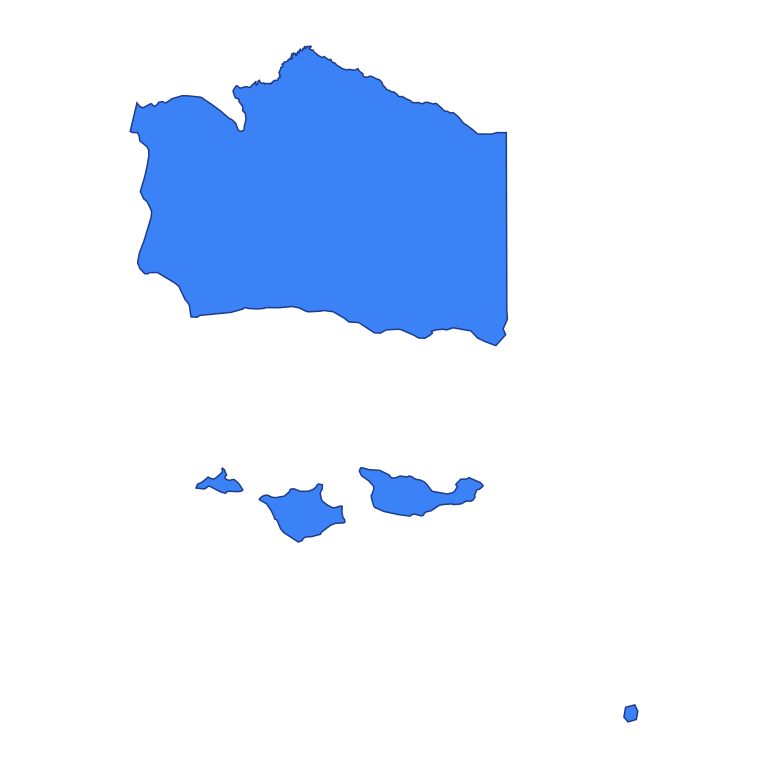 the district of Santa Barbara, California, United States of America
{"feature_id": "52423323B51130837096991", "entity_name": "Santa Barbara", "entity_type": "district", "adm_level": 2, "iso_a3": "USA", "parent_name": "United States of America", "parent_adm1": "California", "projection": "equal_earth", "projection_center": [-120.082, 34.285], "detail": "fine", "context": "isolated", "style": "filled", "palette": "blue", "viewbox_px": 768, "rotation_deg": 0, "n_neighbors": 0, "source": "geoboundaries", "source_scale": "gbopen_adm2", "svg_char_len": 5938}
<svg xmlns="http://www.w3.org/2000/svg" viewBox="0 0 768 768"><path d="M137.0,102.9L130.2,131.4L132.7,132.6L137.4,132.6L139.0,135.5L139.9,141.0L146.9,146.6L148.7,150.1L148.8,156.3L146.9,167.1L144.8,176.4L140.3,191.6L143.7,198.8L147.2,201.8L151.3,210.4L151.6,212.4L151.1,217.5L144.0,240.9L139.3,253.2L137.6,262.7L140.0,268.7L144.7,273.7L147.9,273.8L149.1,272.6L157.4,272.5L174.7,282.9L178.8,286.3L185.2,299.7L188.3,303.3L189.4,305.7L191.0,316.9L197.1,317.2L200.0,315.4L230.9,312.4L243.0,309.0L243.9,307.9L245.1,307.6L248.8,308.5L256.6,308.9L262.6,308.6L266.5,307.6L279.3,307.7L292.3,306.5L299.3,307.9L305.8,311.2L308.5,311.8L320.1,311.2L323.7,310.5L333.2,311.7L344.3,318.2L349.0,322.0L358.6,322.5L374.3,332.8L380.5,333.1L386.1,329.9L398.6,329.2L401.4,329.8L413.8,335.2L418.7,338.0L425.0,338.2L430.3,335.0L432.4,333.0L431.4,331.2L436.4,329.8L443.5,329.2L446.5,329.9L453.2,327.8L470.9,330.9L477.8,338.2L485.9,341.9L495.8,345.6L505.7,334.7L503.1,328.9L507.4,319.3L506.8,310.3L506.3,132.6L497.0,132.6L491.6,134.1L477.6,134.0L473.8,130.6L469.7,127.4L463.5,123.1L461.6,121.0L460.7,119.5L458.9,117.5L455.8,114.6L453.1,112.6L451.0,113.0L449.2,112.4L447.4,111.3L446.2,111.3L444.1,110.7L441.6,108.1L437.1,104.1L435.3,103.3L433.1,104.0L427.7,102.3L425.1,102.4L422.4,103.8L419.7,103.1L418.6,102.6L412.7,102.7L410.4,100.6L407.3,99.4L402.2,96.5L399.4,96.7L398.3,96.0L396.5,93.7L394.8,92.9L393.8,91.8L392.1,92.1L389.6,90.6L386.9,89.7L384.2,86.4L383.0,85.4L382.5,83.8L381.5,81.7L379.2,79.6L377.0,79.1L375.2,78.2L374.2,78.1L373.2,77.1L370.8,76.3L369.9,76.1L366.5,77.5L365.6,76.9L364.5,77.1L363.1,76.2L362.8,74.7L363.0,74.1L362.5,73.4L361.6,72.9L359.5,71.2L358.5,69.9L357.8,68.6L355.8,69.8L354.8,70.0L353.3,70.1L351.2,69.6L349.1,69.6L348.6,69.3L347.6,69.9L345.1,69.5L342.2,68.6L340.4,67.3L336.5,65.1L335.4,63.4L331.8,61.9L330.7,59.3L328.7,59.9L324.1,56.5L322.1,57.6L317.2,54.8L317.0,54.2L314.4,52.5L313.5,51.2L313.4,50.4L310.4,49.6L309.7,49.1L309.3,48.3L310.1,48.0L310.9,47.1L311.0,46.4L310.1,46.1L309.1,46.5L307.4,46.4L306.5,46.7L306.1,47.3L306.1,47.9L305.6,48.1L305.2,47.7L305.2,47.1L304.8,46.6L304.2,47.3L304.3,47.8L304.2,48.6L303.7,48.7L303.1,48.5L302.6,49.1L302.7,49.6L302.2,50.5L301.3,50.6L300.6,49.9L300.2,49.3L299.8,50.0L299.3,50.5L299.1,51.3L299.3,51.7L299.1,52.6L298.5,52.9L298.0,52.6L297.7,52.1L296.8,54.0L296.8,55.0L296.7,55.5L296.1,55.7L295.6,55.3L295.9,54.0L295.5,53.7L295.1,53.8L294.4,53.1L293.9,53.1L293.5,54.0L293.0,54.3L292.2,53.6L291.7,54.1L291.9,55.0L292.3,55.5L292.2,55.7L291.3,56.0L291.1,56.5L291.2,57.0L291.7,57.3L292.0,57.2L292.5,57.6L292.4,58.2L292.0,58.8L291.2,58.7L290.1,58.3L289.8,58.9L289.9,59.2L289.8,59.5L288.8,59.3L288.0,59.9L288.1,60.5L287.9,60.9L286.0,61.7L284.2,62.1L283.3,63.8L282.7,64.1L282.5,63.9L282.1,64.3L282.5,64.6L282.7,66.3L282.3,66.9L280.8,67.4L280.4,69.9L279.6,71.1L279.0,72.6L279.5,74.0L279.8,74.5L279.9,74.9L279.7,75.1L279.5,75.5L279.7,75.9L280.0,76.2L280.2,77.3L279.3,77.5L278.4,78.1L277.8,80.1L277.1,80.3L274.4,80.5L273.3,81.2L272.6,82.4L271.3,82.9L271.3,83.3L271.4,83.6L270.6,84.0L269.6,83.4L268.4,83.7L266.3,83.4L265.0,84.1L264.5,83.9L264.5,83.5L263.9,82.9L262.2,83.4L261.4,83.2L260.5,82.5L259.2,80.3L258.4,80.9L258.0,81.7L257.8,83.2L256.9,85.1L256.2,84.9L255.9,84.0L255.8,82.6L256.0,82.1L255.9,81.7L255.6,81.7L255.2,82.2L254.8,82.9L253.1,84.1L249.8,87.6L246.1,86.6L240.1,88.2L236.8,85.7L236.3,85.8L234.3,88.5L233.0,91.1L234.5,95.8L235.3,97.7L236.5,98.4L237.2,98.3L238.9,99.0L239.0,101.6L242.1,105.6L243.1,108.1L242.5,109.6L242.9,111.1L244.7,112.5L245.4,114.2L246.0,118.9L244.9,124.4L244.5,125.0L244.0,129.9L243.4,130.7L242.7,130.7L240.8,131.4L238.4,130.4L236.3,125.2L236.2,124.2L235.3,122.9L233.1,120.8L231.3,119.3L229.1,118.4L220.5,110.9L211.8,104.5L204.6,99.7L202.4,98.0L201.5,97.5L199.9,97.1L188.5,95.9L182.3,95.7L171.8,98.8L169.2,100.8L167.7,101.5L165.9,103.0L162.5,101.7L161.9,101.7L158.7,102.3L156.8,105.0L154.8,106.0L153.6,106.1L151.7,104.0L150.8,103.7L144.4,107.1L142.9,107.8L139.6,106.3L137.0,102.9ZM360.6,467.9L359.3,471.1L361.5,475.6L368.7,480.8L373.7,486.3L373.6,489.8L371.8,494.7L371.1,495.8L371.7,499.1L373.5,505.2L374.7,507.4L384.1,511.5L398.5,514.6L410.1,516.1L412.5,514.2L414.8,514.2L421.5,515.9L423.5,515.2L424.2,513.5L425.9,512.0L431.0,510.8L439.4,505.2L444.1,504.4L452.3,503.9L452.9,504.6L459.7,504.1L461.8,503.6L466.2,501.0L470.9,501.2L472.7,500.3L475.0,497.2L474.6,495.4L476.4,490.8L477.5,489.6L479.5,489.2L482.8,486.3L483.1,485.4L480.4,482.6L468.9,477.6L466.9,479.0L460.8,479.2L455.9,484.2L456.0,485.0L457.4,486.5L455.0,490.7L452.8,492.7L447.1,494.0L432.1,491.3L426.5,484.0L424.1,481.8L419.8,479.9L415.8,479.3L410.9,476.3L408.4,476.1L407.6,476.8L406.2,476.9L400.3,476.0L394.8,478.1L391.4,477.8L389.2,475.0L379.6,470.3L369.2,469.7L362.5,467.8L360.6,467.9ZM259.6,498.6L259.3,499.7L266.7,503.9L271.3,510.7L274.2,517.0L274.6,518.9L276.5,519.7L277.3,520.8L280.6,528.8L283.7,532.5L298.2,542.0L302.1,540.6L303.3,538.5L305.4,537.0L311.8,536.6L320.4,534.3L320.8,533.8L320.9,533.1L321.3,532.3L330.3,525.4L335.4,523.3L343.8,522.9L344.9,522.1L344.6,519.7L342.8,517.1L341.9,511.8L342.2,506.3L340.5,506.0L334.5,507.8L332.3,507.6L327.8,505.3L323.0,501.7L321.4,499.4L320.7,495.4L320.2,494.0L321.0,490.8L322.2,489.3L322.4,484.8L318.8,484.0L318.0,484.2L316.7,485.5L316.4,486.7L313.1,489.4L308.0,491.3L300.3,491.3L293.9,488.8L292.5,488.8L290.3,489.3L289.1,492.0L284.3,496.1L275.5,497.7L271.6,497.1L267.7,495.2L265.0,495.3L262.3,496.3L259.6,498.6ZM197.6,484.2L196.0,488.0L204.3,489.0L206.8,487.6L208.0,486.3L209.8,486.3L220.3,491.8L225.6,493.3L226.4,492.1L228.8,491.2L238.2,491.7L242.0,490.8L242.8,489.8L239.4,484.5L237.6,482.3L233.9,479.4L229.0,480.4L225.4,478.9L224.9,476.6L226.6,475.2L224.3,469.6L222.5,468.2L221.9,468.8L222.4,470.4L222.3,471.8L220.6,473.8L215.5,478.2L213.9,478.9L211.6,478.8L209.2,477.8L208.0,477.0L206.9,478.2L201.9,482.3L197.6,484.2ZM625.6,707.3L623.9,717.0L627.9,721.9L636.3,719.5L637.8,711.4L634.8,704.9L625.6,707.3Z" fill="#3b82f6" stroke="#1e3a8a" stroke-width="1.5"/></svg>